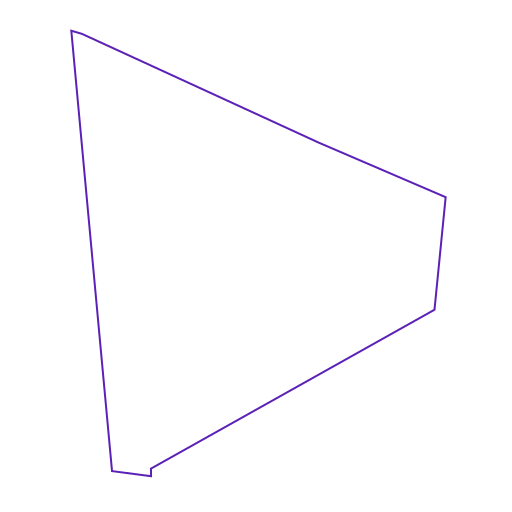 outline of 35, Ad Dawhah, Qatar, rotated 1°
{"feature_id": "91078587B93784378535894", "entity_name": "35", "entity_type": "district", "adm_level": 2, "iso_a3": "QAT", "parent_name": "Qatar", "parent_adm1": "Ad Dawhah", "projection": "albers", "projection_center": [51.488, 25.313], "detail": "fine", "context": "isolated", "style": "outline", "palette": "violet", "viewbox_px": 512, "rotation_deg": 1, "n_neighbors": 0, "source": "geoboundaries", "source_scale": "gbopen_adm2", "svg_char_len": 266}
<svg xmlns="http://www.w3.org/2000/svg" viewBox="0 0 512 512"><g transform="rotate(1 256 256)"><path d="M67.4,34.0L115.8,473.6L154.9,478.0L154.7,470.4L435.4,306.6L444.6,193.9L316.8,141.6L78.0,36.9L67.4,34.0Z" fill="none" stroke="#5b21b6" stroke-width="2"/></g></svg>